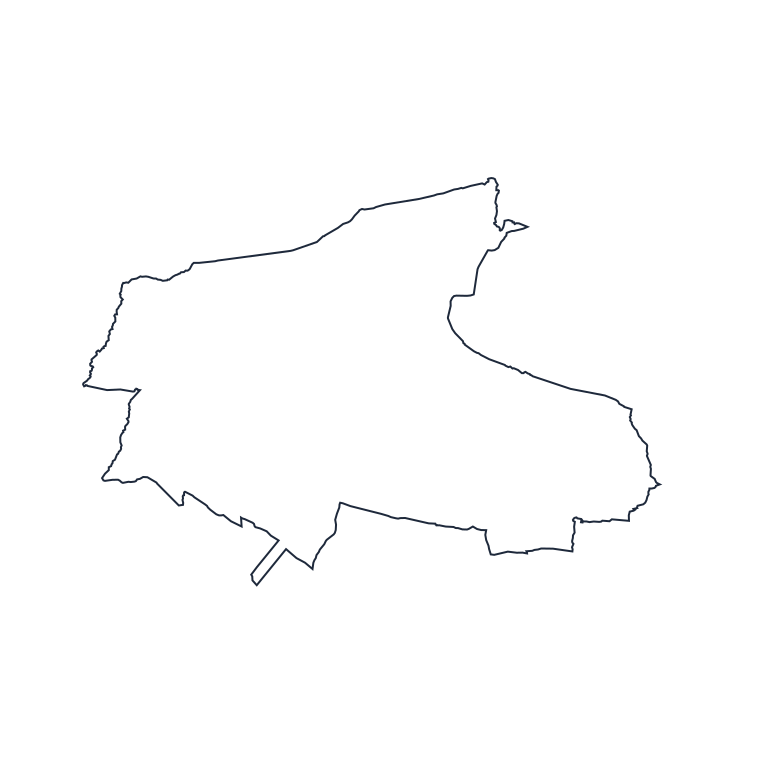 Ladesti, Vâlcea, Romania, rotated 14°
{"feature_id": "2599482B93203589904447", "entity_name": "Ladesti", "entity_type": "district", "adm_level": 2, "iso_a3": "ROU", "parent_name": "Romania", "parent_adm1": "Vâlcea", "projection": "natural_earth1", "projection_center": [24.033, 44.869], "detail": "fine", "context": "isolated", "style": "outline", "palette": "slate", "viewbox_px": 768, "rotation_deg": 14, "n_neighbors": 0, "source": "geoboundaries", "source_scale": "gbopen_adm2", "svg_char_len": 6132}
<svg xmlns="http://www.w3.org/2000/svg" viewBox="0 0 768 768"><g transform="rotate(14 384 384)"><path d="M528.8,523.5L532.3,523.1L544.7,516.7L553.6,515.6L559.2,514.1L563.8,513.8L563.3,512.4L562.7,511.8L568.2,510.0L570.1,508.6L573.5,507.3L576.3,505.6L587.8,502.9L607.3,500.9L607.0,498.7L605.9,496.9L606.5,493.3L605.1,492.3L604.5,490.9L604.5,487.8L604.0,485.1L604.9,482.1L603.0,476.5L602.5,471.5L600.8,471.1L600.2,470.2L600.8,468.4L601.9,467.4L603.1,466.9L604.1,467.6L608.1,467.3L609.8,468.7L608.5,468.9L608.6,470.5L610.2,470.3L610.3,469.2L613.7,468.4L616.8,468.3L620.7,466.7L626.3,465.7L628.0,465.0L628.9,463.8L636.0,462.6L637.8,460.2L654.8,457.5L653.3,452.2L653.3,448.4L656.9,446.5L657.6,445.7L657.0,445.7L656.2,444.9L659.7,443.1L659.3,442.7L659.5,440.8L664.7,438.0L666.2,435.9L666.8,433.1L666.8,429.5L667.5,427.1L666.9,426.0L666.6,424.3L667.1,423.0L666.8,421.2L669.2,420.6L671.6,419.4L672.5,417.9L672.5,417.0L675.9,414.7L672.7,414.0L671.6,413.3L669.6,410.6L665.1,408.8L664.7,408.2L663.5,401.7L662.4,400.0L662.5,398.0L656.6,390.3L656.4,389.6L656.7,388.8L656.6,387.8L655.2,385.7L654.3,380.1L653.5,379.1L648.4,376.4L646.6,374.6L643.9,372.9L640.3,367.7L638.2,366.7L634.9,363.8L633.9,362.4L633.8,361.4L631.7,359.9L631.8,358.3L630.5,356.6L631.2,354.7L630.6,354.1L630.4,348.6L622.6,348.1L622.2,347.6L617.1,346.3L615.3,344.3L612.7,343.3L601.1,341.7L566.2,343.6L526.3,340.5L524.9,339.8L523.8,339.9L523.1,339.1L521.1,339.0L518.3,338.0L517.3,338.7L516.8,339.7L515.1,340.1L510.7,338.0L506.1,337.3L504.9,337.9L502.4,336.5L500.6,337.5L497.3,336.8L496.7,336.3L480.0,334.5L471.0,332.4L468.3,331.2L466.7,331.3L463.4,330.5L452.9,326.3L452.5,325.5L451.2,325.2L450.2,323.3L440.8,317.5L437.0,314.2L430.2,304.9L429.9,303.9L429.8,292.1L428.6,287.7L429.4,283.9L430.7,281.7L433.0,280.7L443.1,278.4L446.5,277.2L449.4,275.4L447.0,250.0L447.4,247.3L452.3,229.7L452.6,229.0L456.2,228.5L459.0,227.3L462.0,224.2L463.3,217.8L465.6,213.7L465.5,212.8L466.8,210.5L466.5,207.7L470.9,204.7L473.2,204.0L481.6,199.6L485.2,196.8L476.1,195.5L473.4,196.0L472.2,197.2L471.7,196.9L471.1,195.7L469.6,196.1L469.2,195.0L465.0,194.8L461.5,196.5L461.9,199.6L461.8,203.3L461.0,206.1L459.7,207.1L459.1,206.8L458.8,205.1L458.1,204.3L457.2,203.8L455.4,203.8L454.3,202.7L452.2,201.9L451.9,201.0L453.4,199.8L451.7,196.6L452.2,192.8L451.8,189.0L450.3,185.3L450.6,184.3L449.8,182.9L448.4,181.5L448.1,180.7L447.8,174.2L448.2,172.0L448.9,170.8L448.7,168.6L448.1,168.3L446.1,168.8L445.4,165.3L446.2,164.0L446.2,163.2L443.7,160.8L442.1,158.4L440.4,158.0L438.3,158.2L435.7,159.5L435.3,160.0L436.2,161.3L436.3,162.5L434.9,163.3L433.4,166.1L430.7,165.6L420.2,170.8L413.1,175.1L411.6,175.0L408.6,176.8L405.0,178.3L395.4,184.7L389.7,187.1L386.9,189.0L373.2,196.0L341.5,209.6L333.5,214.2L331.4,216.0L322.9,219.4L320.3,219.5L318.1,221.3L317.8,222.5L314.8,227.7L313.0,232.1L311.7,234.2L309.9,235.9L305.6,238.6L301.5,243.7L290.7,254.2L290.4,254.9L289.1,255.4L284.6,262.4L263.5,276.2L261.2,277.4L192.9,304.4L190.5,305.7L175.0,311.3L170.1,312.5L169.0,314.2L167.7,319.4L166.6,321.0L165.6,321.7L164.1,321.9L162.8,323.8L160.0,324.7L159.1,326.4L158.0,326.8L157.3,327.7L155.3,328.9L153.3,330.8L150.3,334.8L148.8,335.0L148.6,335.8L144.4,337.4L142.0,337.0L139.2,337.4L137.3,336.8L134.8,337.4L129.4,337.0L127.0,337.2L123.3,338.5L121.6,338.5L118.5,341.5L113.8,343.6L111.4,347.6L109.3,347.8L107.4,348.9L106.5,349.0L105.9,351.5L106.2,353.0L106.1,355.0L106.6,357.4L105.8,360.4L106.9,361.1L106.7,361.8L107.3,363.5L110.1,365.2L109.0,367.2L109.7,369.6L108.0,373.1L107.8,374.6L106.7,376.6L107.1,378.6L108.1,381.0L106.3,381.5L105.8,383.1L107.2,384.6L108.2,388.3L106.5,391.2L106.7,392.6L106.3,394.4L107.3,396.4L105.8,397.1L104.7,399.4L105.9,401.8L105.0,404.0L106.3,408.1L104.6,410.0L104.4,412.0L104.7,414.4L103.5,414.9L102.8,415.9L103.4,417.0L101.7,417.9L101.5,419.0L100.3,421.3L98.6,420.6L97.4,422.0L97.1,423.0L98.1,424.3L98.2,425.3L94.3,430.9L94.4,431.6L95.3,433.1L94.0,435.4L94.4,436.8L94.9,437.3L97.1,437.4L97.8,438.0L96.9,439.5L97.2,441.0L97.0,442.0L95.8,442.7L96.0,443.8L97.2,445.1L96.5,446.9L97.4,447.4L97.6,447.9L96.9,449.6L95.9,450.6L95.0,452.7L92.3,455.8L92.1,456.6L92.2,457.3L93.6,458.8L94.8,457.9L95.0,457.2L96.3,457.2L96.7,457.6L116.8,456.9L129.5,453.1L142.3,452.1L143.6,451.5L143.8,449.7L144.4,449.4L144.7,448.5L146.0,448.6L147.0,449.6L147.7,449.1L148.7,449.0L143.2,459.3L142.2,460.7L142.1,462.7L141.2,465.0L141.3,465.6L142.7,467.8L142.6,469.5L143.5,470.1L143.1,472.6L143.9,474.2L144.4,478.1L142.9,479.9L145.0,481.8L145.3,482.8L144.6,485.1L143.3,487.1L143.1,488.2L143.9,490.9L142.1,492.4L142.8,493.8L142.0,494.8L141.2,497.1L141.0,499.6L142.3,504.4L144.3,507.1L144.0,508.9L144.6,510.5L144.2,512.5L143.1,513.8L142.9,516.0L142.0,516.9L141.3,522.5L139.5,524.4L139.7,526.7L139.1,527.8L139.1,529.7L137.1,531.3L137.8,534.1L135.0,538.5L133.2,543.5L135.1,545.4L136.7,545.5L143.6,542.7L149.1,541.2L151.0,541.7L153.2,542.9L154.6,543.1L159.7,540.7L162.0,540.4L165.5,539.1L166.7,538.3L167.5,536.3L170.1,535.1L172.8,532.5L177.0,531.7L187.1,534.7L187.9,535.5L214.3,551.5L218.2,549.9L217.9,547.9L216.5,545.2L216.7,543.9L215.9,541.6L216.1,540.7L216.9,540.3L216.3,537.8L216.6,536.9L217.1,536.7L225.3,538.6L227.4,539.8L239.5,544.1L241.8,545.1L243.0,546.4L245.8,548.0L252.8,551.0L255.6,551.4L257.8,550.9L259.8,550.0L268.7,554.2L280.3,556.7L277.6,548.2L279.1,548.7L281.5,548.8L290.1,550.4L291.7,551.2L292.8,553.2L293.9,554.0L298.8,554.1L305.8,555.3L310.9,558.5L319.6,561.3L305.0,592.4L301.3,601.1L302.7,602.5L303.9,606.4L309.2,610.0L328.9,567.9L341.2,574.1L350.6,576.5L359.4,580.8L358.7,574.5L359.1,571.8L359.9,569.5L359.9,566.3L361.4,562.8L361.8,560.2L364.8,553.9L365.5,550.5L366.1,549.1L371.6,542.1L372.3,540.4L372.5,537.4L371.5,532.1L369.5,527.6L369.7,521.3L370.5,514.6L370.0,511.5L370.2,509.8L372.9,509.7L380.9,510.6L412.5,510.7L420.1,511.0L422.9,511.5L428.2,511.4L430.3,511.2L432.2,510.2L436.9,508.9L461.1,508.4L467.6,507.1L468.2,508.0L469.3,508.0L469.4,508.4L471.9,507.7L478.3,507.4L486.1,505.9L488.4,506.4L490.7,505.9L495.3,506.1L499.8,505.1L501.3,504.1L504.7,500.8L509.3,502.2L513.6,502.2L518.5,501.1L518.8,505.9L520.9,510.7L524.5,515.6L525.9,518.7L528.8,523.5Z" fill="none" stroke="#1e293b" stroke-width="2"/></g></svg>